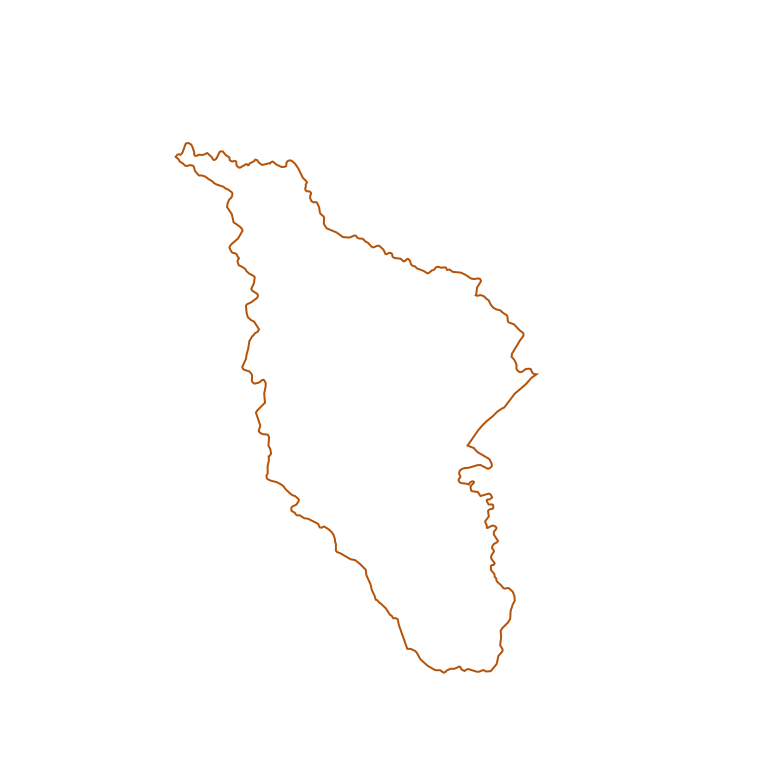 Nacaroa, Nampula, Mozambique (Robinson projection), rotated 243°
{"feature_id": "85939544B80156310814638", "entity_name": "Nacaroa", "entity_type": "district", "adm_level": 2, "iso_a3": "MOZ", "parent_name": "Mozambique", "parent_adm1": "Nampula", "projection": "robinson", "projection_center": [39.936, -14.362], "detail": "fine", "context": "isolated", "style": "outline", "palette": "amber", "viewbox_px": 768, "rotation_deg": 243, "n_neighbors": 0, "source": "geoboundaries", "source_scale": "gbopen_adm2", "svg_char_len": 6146}
<svg xmlns="http://www.w3.org/2000/svg" viewBox="0 0 768 768"><g transform="rotate(243 384 384)"><path d="M79.7,348.7L83.3,357.2L89.8,362.5L92.1,368.2L93.8,369.2L98.5,368.9L105.4,373.5L111.1,375.9L112.7,378.4L115.2,386.2L117.5,389.9L124.1,393.6L129.2,398.7L131.5,402.1L135.6,403.9L140.4,404.4L145.1,402.7L146.0,401.7L146.8,398.9L147.9,397.7L151.7,396.9L156.2,395.1L158.0,395.0L159.7,395.7L162.1,395.1L164.6,396.1L169.1,394.9L171.0,395.4L173.3,396.7L173.7,397.8L173.0,399.4L173.9,401.2L179.8,400.3L181.4,400.9L182.8,402.3L184.8,405.9L186.1,406.2L188.9,405.8L189.9,406.5L191.5,408.8L191.7,413.1L192.5,414.3L200.1,413.5L202.4,414.8L204.1,418.5L205.1,419.0L206.9,418.3L208.3,417.0L208.8,415.2L208.7,411.0L209.2,410.4L211.6,411.4L214.7,411.4L216.0,412.1L218.3,417.2L223.5,419.0L224.2,420.0L224.3,421.6L223.5,424.1L224.1,425.2L226.5,426.2L227.5,425.8L229.2,422.5L232.5,422.4L233.9,422.8L234.1,423.9L233.2,425.7L233.8,428.8L235.1,429.0L237.7,428.6L238.7,427.7L240.4,419.1L245.1,418.6L248.5,413.8L249.8,413.3L252.9,414.3L253.9,415.5L255.2,419.2L255.7,419.7L256.7,419.3L257.3,418.3L257.2,416.0L255.9,413.9L257.1,413.1L260.7,407.8L262.2,406.7L264.2,406.7L265.2,407.3L266.3,409.5L267.2,410.2L269.2,410.0L271.0,410.8L272.5,412.4L272.9,415.1L272.5,417.6L270.8,421.9L269.3,430.2L268.1,433.1L261.3,438.0L261.0,440.0L261.7,442.5L262.3,443.1L264.2,443.7L268.1,443.9L269.8,443.5L280.5,436.6L284.6,435.2L285.9,435.2L291.2,430.5L300.1,447.1L302.3,452.4L304.3,458.6L305.9,466.2L307.9,472.4L308.6,478.0L308.5,480.6L316.0,496.0L319.4,510.2L322.5,518.0L323.4,524.3L324.8,522.2L326.1,521.5L328.4,521.2L330.4,521.6L331.4,520.9L333.0,517.3L332.3,513.4L332.5,511.1L333.8,509.7L336.2,508.9L337.7,509.0L340.9,510.8L344.3,511.1L346.8,511.0L350.3,510.0L352.9,511.8L361.2,525.2L363.7,530.2L366.2,531.2L370.4,529.2L378.1,526.9L382.5,522.9L384.1,522.9L387.6,524.5L389.6,524.6L393.6,522.2L396.9,521.0L399.5,517.9L402.4,516.0L406.4,515.1L410.9,515.3L413.6,513.8L416.3,513.1L417.8,512.1L419.6,510.0L420.0,507.6L421.4,506.0L422.4,507.2L427.7,510.7L431.2,516.6L431.8,517.2L433.9,517.3L435.2,516.1L436.7,511.8L438.4,509.5L444.7,505.9L448.3,503.1L452.8,496.1L456.2,494.4L457.1,491.9L459.3,492.0L460.2,491.5L461.7,487.6L463.8,485.5L464.4,484.1L464.1,482.5L463.1,480.8L463.4,478.0L462.6,474.5L463.0,472.8L466.8,470.6L472.1,465.8L474.7,465.0L476.6,462.9L478.7,462.4L481.4,463.1L484.0,462.6L484.7,462.1L484.8,461.2L484.1,458.2L484.4,457.1L488.1,455.7L491.4,450.7L492.5,449.8L494.0,449.5L495.9,450.2L497.2,449.9L498.5,448.3L498.5,445.0L499.3,444.3L503.8,444.5L509.1,442.6L510.3,440.7L510.4,437.0L510.9,436.1L512.6,435.0L516.9,433.9L519.6,432.1L523.1,431.0L525.2,427.5L526.2,426.8L529.0,426.1L529.8,424.9L530.0,420.8L530.6,418.8L533.6,414.1L540.6,410.5L548.7,403.6L552.7,403.1L554.4,403.3L559.5,406.2L560.9,406.2L564.2,404.7L565.8,404.7L570.8,406.4L575.5,406.6L576.9,406.1L577.9,403.6L580.0,402.3L583.6,402.7L585.3,403.8L586.6,405.5L587.8,405.7L589.3,405.2L591.0,402.5L592.9,402.1L594.6,403.0L595.2,403.9L597.1,404.7L598.5,406.8L599.8,406.9L604.5,405.3L614.7,405.5L620.5,404.8L624.4,403.3L625.7,402.2L626.3,400.6L626.3,399.3L625.4,397.5L622.6,395.8L622.5,394.4L623.8,391.3L628.9,387.4L631.8,386.4L632.8,385.6L633.0,384.3L632.2,382.5L632.8,382.0L634.5,374.8L637.6,373.2L641.2,372.5L642.4,371.0L641.5,369.5L641.5,364.4L640.5,362.7L640.7,362.0L641.9,361.7L642.5,360.9L642.1,354.3L642.8,352.8L645.5,351.8L649.1,353.2L649.8,353.0L650.7,351.9L651.0,350.0L652.3,348.7L653.7,348.2L656.1,349.1L659.6,347.0L664.4,345.9L665.4,344.2L665.4,343.0L660.9,336.9L660.6,334.9L660.9,334.0L662.3,333.5L664.1,333.6L670.0,331.4L670.2,327.4L670.7,325.7L672.3,323.3L672.3,320.7L673.2,319.2L674.7,319.1L676.6,320.1L682.0,320.9L684.9,320.9L687.6,319.1L688.3,316.6L681.5,309.3L680.6,306.7L681.9,305.3L682.1,304.0L681.0,301.5L677.7,302.9L674.7,303.1L671.8,304.9L668.8,306.0L667.7,307.4L667.1,310.6L665.3,312.9L663.8,313.2L659.6,312.3L654.5,313.5L653.6,314.1L652.6,316.3L650.0,318.9L646.4,320.6L642.7,323.0L639.9,323.9L637.8,325.4L632.5,330.6L630.0,331.6L628.1,333.4L623.7,335.5L622.5,335.4L620.6,334.2L619.3,332.3L618.6,329.8L615.8,326.5L612.9,324.5L604.4,325.5L596.3,323.4L589.9,326.9L587.0,327.8L584.8,327.6L579.9,320.0L577.7,311.1L576.2,308.5L575.3,308.1L571.1,308.1L569.7,308.6L567.8,310.9L566.4,311.6L563.7,311.4L562.5,311.9L561.6,311.6L561.2,310.4L559.7,309.1L555.8,308.5L552.3,311.1L549.2,312.6L547.0,312.7L543.7,313.9L539.8,316.7L537.8,317.3L533.0,314.0L528.9,308.9L526.8,309.0L522.0,311.9L520.7,312.1L519.1,311.2L518.3,309.8L517.1,302.9L517.2,297.8L516.2,296.4L509.4,293.8L505.3,293.0L501.4,294.5L497.9,297.0L498.1,296.6L489.5,297.5L487.9,295.2L487.8,292.0L486.7,290.0L486.3,288.1L483.3,283.5L477.2,279.1L472.5,274.8L469.1,272.5L463.5,265.4L461.6,265.2L460.4,265.7L456.3,269.7L453.7,270.4L451.4,270.4L446.9,267.7L445.1,267.7L443.2,268.7L442.2,272.1L442.1,274.2L442.8,276.7L442.6,278.4L442.0,278.9L438.8,279.1L436.1,277.8L429.7,272.8L421.4,269.5L417.9,258.9L416.6,256.9L403.1,254.9L399.0,251.0L396.7,251.4L394.0,253.6L392.2,256.8L391.3,257.5L388.7,257.4L381.5,253.0L378.0,253.2L373.7,252.0L372.9,251.3L371.5,248.6L371.7,248.3L368.1,246.7L363.5,242.9L357.2,239.8L355.6,237.6L353.4,236.8L352.3,237.0L349.7,238.8L345.3,243.8L341.7,246.4L338.9,247.9L334.7,248.6L328.7,250.8L326.3,252.0L324.7,253.8L320.6,255.5L319.2,255.5L318.4,254.7L316.3,251.2L316.4,246.9L316.0,245.6L314.3,244.3L312.9,244.1L309.8,246.0L307.3,246.4L306.3,247.0L305.4,249.2L300.6,252.0L298.6,255.0L290.2,261.2L289.2,261.8L285.5,261.6L284.3,263.1L284.4,265.2L284.0,266.1L279.7,268.7L275.2,270.3L272.5,270.5L268.7,270.0L265.9,268.9L263.0,268.4L257.4,265.5L255.7,265.8L252.8,268.4L243.1,274.6L240.2,278.3L234.3,281.0L226.8,283.4L221.5,281.5L211.9,281.1L205.9,279.6L200.1,279.5L195.6,278.7L194.2,279.9L191.4,280.5L190.6,281.2L183.2,283.8L175.9,284.5L174.0,285.6L171.0,285.9L169.9,288.3L168.2,289.4L162.4,287.8L137.5,284.5L135.9,287.5L131.9,290.6L129.8,291.2L122.1,291.5L113.0,295.0L106.1,299.5L105.1,300.8L103.5,304.1L99.8,306.0L99.5,308.0L100.2,309.6L100.1,313.9L98.2,317.7L98.1,322.4L97.5,323.5L94.4,323.5L91.7,325.5L92.1,327.4L91.8,329.6L85.6,336.0L84.6,337.8L84.0,342.8L81.5,344.4L79.7,348.7Z" fill="none" stroke="#b45309" stroke-width="2"/></g></svg>